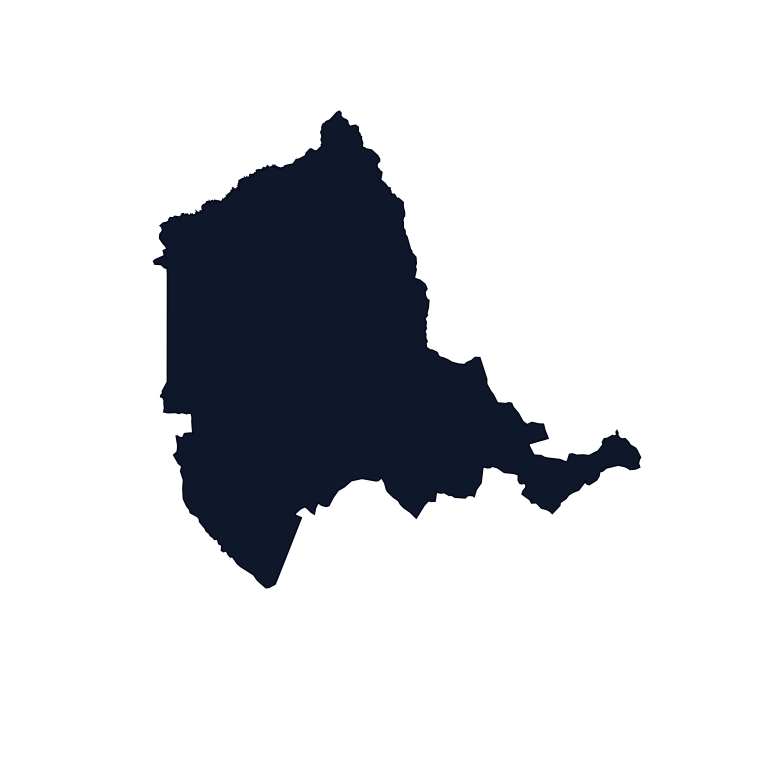 the district of Mampong Municipal, Ashanti, Ghana, rotated 293°
{"feature_id": "2480657B66784074859314", "entity_name": "Mampong Municipal", "entity_type": "district", "adm_level": 2, "iso_a3": "GHA", "parent_name": "Ghana", "parent_adm1": "Ashanti", "projection": "albers", "projection_center": [-1.392, 7.114], "detail": "fine", "context": "isolated", "style": "filled", "palette": "ink", "viewbox_px": 768, "rotation_deg": 293, "n_neighbors": 0, "source": "geoboundaries", "source_scale": "gbopen_adm2", "svg_char_len": 6159}
<svg xmlns="http://www.w3.org/2000/svg" viewBox="0 0 768 768"><g transform="rotate(293 384 384)"><path d="M407.3,651.9L410.3,649.2L414.4,648.5L416.7,648.8L422.1,642.5L423.3,640.4L424.0,634.4L426.0,631.9L427.9,627.3L426.3,624.5L426.5,621.8L428.3,619.2L430.6,618.3L432.0,616.6L430.6,616.4L428.1,618.0L427.3,617.7L425.7,615.9L426.0,614.6L421.2,610.8L419.6,608.1L415.8,607.8L414.0,609.3L406.2,607.4L398.7,601.2L397.9,600.1L396.6,595.2L393.6,589.1L393.3,584.6L391.7,582.3L385.2,582.9L383.3,582.2L383.2,575.5L379.6,563.3L379.1,559.7L379.5,556.7L377.1,549.8L383.5,542.1L385.5,540.7L398.1,556.3L404.4,550.1L409.3,546.5L407.7,542.3L406.4,535.2L402.4,531.5L403.9,526.3L409.6,519.0L413.0,512.2L416.1,508.9L415.4,506.0L413.6,504.1L410.9,495.9L417.1,488.5L419.0,485.0L424.0,478.6L428.8,476.5L445.7,461.9L444.0,457.4L440.0,455.6L435.9,451.7L433.4,450.7L431.5,445.0L430.5,438.1L431.2,433.1L431.2,428.0L430.6,425.6L431.5,422.6L433.3,421.3L433.9,420.0L434.0,414.7L433.3,413.3L434.2,408.8L437.8,406.8L440.1,407.1L442.8,404.2L446.2,403.1L448.3,401.0L451.9,401.3L453.0,400.0L457.6,398.7L460.0,396.1L464.4,397.1L465.5,395.9L471.7,394.9L478.6,392.6L479.0,390.1L481.8,387.4L484.8,385.7L488.4,386.4L491.8,382.8L493.6,376.7L493.2,371.1L493.9,370.4L502.0,368.9L503.4,367.5L505.7,366.6L507.2,366.8L513.1,363.8L515.8,358.2L517.5,357.4L517.9,356.0L528.3,347.8L530.0,345.1L533.5,343.3L535.2,340.8L540.3,338.6L541.7,337.5L544.5,336.8L546.7,337.2L549.6,336.1L555.0,332.2L558.7,330.7L560.6,324.9L559.9,323.1L562.6,319.7L561.9,317.2L562.7,315.6L564.2,314.9L565.5,313.3L566.8,313.2L566.4,311.0L569.1,306.2L570.6,301.1L577.7,299.5L578.4,298.8L578.4,297.1L579.9,295.3L579.9,293.5L581.1,293.3L581.2,292.3L585.0,291.7L587.3,292.9L589.5,291.9L591.8,288.7L594.5,281.1L593.3,275.2L593.9,274.1L593.5,272.4L594.4,271.0L597.5,270.2L600.6,267.5L603.0,266.5L603.2,264.6L604.7,264.4L606.0,261.8L610.4,259.9L611.1,256.6L607.7,251.8L609.7,249.0L612.0,247.6L612.6,245.2L612.3,243.0L613.5,240.2L614.1,239.3L616.6,238.6L617.7,236.4L615.5,234.5L606.0,231.2L602.8,228.1L601.8,228.2L599.5,226.4L596.4,226.4L594.2,227.5L591.1,227.4L588.1,230.1L584.0,230.7L583.9,231.9L582.9,231.9L582.4,232.9L581.6,232.8L581.0,233.6L579.8,232.8L579.1,233.9L571.8,230.9L571.5,227.1L572.1,225.6L571.2,224.0L566.3,222.2L563.2,222.4L557.5,217.6L556.4,215.5L551.1,214.5L546.2,207.6L545.1,207.6L541.7,204.1L542.3,203.5L541.5,202.1L542.1,201.4L541.2,200.3L542.0,200.2L542.2,199.3L541.3,198.4L542.4,197.9L541.7,197.6L541.8,196.6L540.5,197.3L540.3,196.8L541.0,196.3L539.2,194.9L538.5,192.7L539.4,191.6L536.2,190.6L536.3,188.8L535.4,188.2L534.5,189.0L533.9,187.7L532.4,186.9L532.0,186.2L532.7,185.8L531.0,183.1L530.1,183.4L529.9,184.8L529.8,183.9L527.7,183.8L528.0,182.7L525.5,182.1L525.9,181.5L525.0,180.8L524.6,178.8L521.7,179.3L520.6,177.5L521.0,176.7L519.9,176.8L519.3,176.1L519.6,175.0L518.7,175.4L517.8,173.5L514.4,171.1L513.8,171.7L511.7,171.7L511.5,172.4L509.6,172.0L508.8,173.6L508.0,172.7L506.8,173.9L506.8,172.2L505.8,172.7L505.1,172.0L505.5,171.1L504.8,170.3L505.4,168.9L504.6,169.3L504.7,168.6L504.2,169.0L502.6,167.9L502.1,168.6L501.8,167.9L500.4,168.1L498.4,166.7L498.1,167.4L497.4,166.2L496.3,166.6L496.0,165.5L495.2,166.5L494.6,166.1L493.7,166.5L492.8,165.8L493.3,165.1L491.9,164.9L491.2,163.5L490.8,164.0L488.5,163.1L487.9,161.6L486.7,161.5L488.0,160.1L487.1,159.0L487.3,158.3L486.4,158.1L487.0,157.5L487.0,156.4L485.2,155.8L485.9,154.4L484.2,153.0L483.3,153.0L484.0,151.8L482.7,152.2L483.2,150.7L482.5,149.7L480.4,149.7L480.2,149.1L478.5,148.7L478.5,147.7L477.2,147.3L475.8,147.2L475.5,148.0L474.3,148.1L473.0,149.3L471.5,148.5L471.6,147.3L470.0,147.5L469.1,145.0L469.5,144.0L468.7,144.6L467.9,144.0L467.6,145.4L464.9,142.7L465.4,141.1L464.7,141.0L464.8,139.9L464.0,140.3L463.0,139.3L463.5,136.5L462.0,136.2L462.9,135.2L461.7,134.4L462.4,132.6L461.7,131.7L461.0,132.2L460.6,131.5L458.1,131.4L456.5,125.7L454.6,125.1L453.5,122.0L451.0,121.7L450.2,122.7L447.3,120.1L446.8,120.3L446.9,119.3L445.9,117.9L442.3,116.1L441.6,118.1L438.8,120.3L434.4,119.2L430.4,120.5L426.5,126.6L426.2,128.1L423.6,131.5L420.6,128.7L416.3,131.7L409.2,125.0L407.1,123.9L404.8,126.2L406.9,132.2L405.3,136.4L405.7,139.2L400.7,141.7L301.2,183.8L290.6,182.8L288.6,184.0L286.4,183.0L285.0,183.4L285.3,186.2L284.3,186.5L282.4,188.6L281.3,188.5L276.0,191.4L272.3,192.2L273.1,196.2L276.5,203.6L276.5,206.2L278.9,209.2L279.6,214.0L280.8,215.3L281.6,218.1L278.1,220.5L274.1,222.0L263.4,227.5L263.4,225.2L260.3,219.7L255.8,219.7L254.9,216.6L255.5,214.3L254.9,213.1L246.8,218.2L243.1,219.5L240.5,220.1L236.4,218.1L230.4,226.1L229.5,229.4L228.8,230.2L224.3,230.8L217.2,237.0L209.4,239.6L199.9,244.2L194.4,250.3L192.6,253.8L189.8,256.0L189.0,264.3L187.8,266.4L185.1,268.2L180.8,276.3L179.4,277.4L178.3,280.5L178.8,280.8L176.6,283.3L175.7,287.1L174.7,288.6L176.2,291.4L172.3,294.3L172.2,297.3L171.6,298.0L167.3,299.3L166.9,301.6L169.0,304.1L166.1,307.1L164.7,310.1L165.7,312.2L161.4,319.0L159.9,323.5L157.5,338.4L153.8,344.4L150.3,354.9L151.7,357.5L157.3,362.0L163.7,361.9L228.6,360.2L228.6,353.7L230.4,353.0L236.1,355.7L239.9,358.8L239.9,361.2L237.6,366.8L237.0,370.7L243.2,369.4L249.0,369.8L248.1,373.9L248.5,377.5L249.0,379.2L250.6,380.8L259.8,381.5L268.3,383.4L273.6,387.5L282.2,391.7L288.5,400.6L291.7,414.5L293.0,416.5L296.9,418.5L292.9,423.6L287.9,427.4L286.4,429.3L283.4,437.1L282.3,442.8L279.7,446.2L277.9,450.5L276.3,458.2L273.2,466.1L288.1,468.4L294.2,470.6L294.1,472.5L296.1,476.8L305.5,474.3L305.2,475.7L305.9,479.2L307.6,481.7L306.9,487.5L308.1,489.5L307.5,493.5L311.0,503.5L312.9,503.9L314.6,505.5L315.9,509.1L315.6,511.0L322.8,510.2L330.9,512.0L345.7,507.6L346.7,508.4L347.3,512.0L348.6,514.5L350.3,515.4L350.9,517.7L351.3,521.3L349.6,529.2L352.5,538.4L352.9,543.2L347.9,545.1L345.8,547.6L345.8,549.6L347.7,551.8L346.5,554.2L344.2,555.0L339.7,553.8L336.6,554.1L334.4,563.7L332.1,566.3L334.2,570.6L331.3,577.4L332.1,583.0L331.7,586.6L330.5,589.5L340.8,593.3L343.7,592.5L349.6,596.3L354.0,597.3L358.0,600.1L362.5,604.7L373.2,607.4L372.3,607.8L371.3,609.8L371.5,612.3L378.6,617.2L383.1,617.9L387.5,616.9L389.3,619.3L393.6,621.5L400.9,631.4L402.2,638.7L401.5,644.0L404.1,648.8L407.3,651.9Z" fill="#0f172a" stroke="#020617" stroke-width="1.5"/></g></svg>